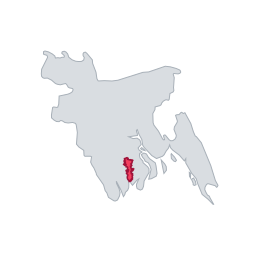 location of Pirojpur, Barisal, Bangladesh, rotated 344°
{"feature_id": "16705992B46028667424095", "entity_name": "Pirojpur", "entity_type": "district", "adm_level": 2, "iso_a3": "BGD", "parent_name": "Bangladesh", "parent_adm1": "Barisal", "projection": "mercator", "projection_center": [89.98, 22.515], "detail": "fine", "context": "in_parent", "style": "filled", "palette": "rose", "viewbox_px": 256, "rotation_deg": 344, "n_neighbors": 0, "source": "geoboundaries", "source_scale": "gbopen_adm2", "svg_char_len": 7546}
<svg xmlns="http://www.w3.org/2000/svg" viewBox="0 0 256 256"><g transform="rotate(344 128 128)"><path d="M88.8,182.0L88.8,175.9L84.8,164.1L85.0,162.8L84.2,157.0L83.2,153.9L82.7,150.5L85.1,145.6L84.1,144.8L78.8,143.3L78.2,142.1L79.3,137.3L75.5,132.7L74.0,129.3L78.1,118.3L79.1,110.6L78.8,109.1L76.3,107.4L71.9,106.7L68.8,105.3L66.9,103.1L65.4,102.2L63.5,102.9L61.0,102.0L59.0,99.9L57.3,97.2L58.0,94.4L61.2,87.5L62.4,87.3L65.2,88.6L66.2,88.6L68.0,86.0L70.6,78.3L79.5,78.9L81.7,78.7L83.9,78.1L85.1,77.1L85.8,75.9L85.6,74.8L82.8,73.3L81.8,72.3L81.0,69.2L80.2,68.0L74.8,67.8L72.0,66.4L70.5,65.2L67.7,60.9L64.3,57.8L61.1,57.1L59.9,56.1L59.2,54.5L59.6,52.1L61.2,47.7L70.1,38.0L70.3,36.9L70.0,35.7L67.4,34.1L67.2,33.4L67.9,31.3L69.4,31.1L72.5,32.9L75.6,35.9L77.5,38.6L77.5,40.7L80.0,41.1L82.0,42.0L84.1,41.8L85.4,42.3L86.4,42.1L86.7,40.9L84.9,37.8L85.8,36.6L87.8,36.6L89.3,37.8L90.4,40.1L90.6,43.7L93.0,47.0L96.1,49.4L98.6,50.4L101.6,51.2L104.1,50.5L105.4,48.2L104.8,46.1L105.2,44.3L106.3,43.3L107.9,43.3L109.0,44.8L112.5,52.7L111.8,56.1L112.6,65.6L111.7,71.9L112.2,74.3L112.8,74.7L118.1,75.9L125.6,78.4L131.4,79.3L157.6,78.6L163.4,79.8L180.8,78.9L185.6,80.9L190.8,84.1L193.7,86.5L194.2,87.9L193.9,89.1L192.9,89.7L191.1,89.8L187.0,88.2L186.3,88.7L186.3,92.4L182.9,101.7L182.4,104.6L181.3,105.8L177.8,106.4L175.5,111.8L174.6,112.5L172.3,111.3L170.9,111.5L169.2,112.0L167.4,113.2L166.2,114.8L164.8,115.3L159.9,115.2L159.0,117.7L155.8,121.0L153.6,129.8L153.7,132.4L156.4,139.4L158.3,148.3L159.0,149.3L159.9,149.3L160.0,145.2L160.9,144.7L162.0,145.2L164.3,150.7L165.6,152.1L167.6,152.5L170.0,151.7L171.7,150.0L172.4,148.3L171.8,142.2L172.9,139.8L176.8,136.1L177.4,135.0L177.2,128.9L178.7,128.7L180.7,129.2L183.2,127.7L184.0,127.7L185.1,129.3L186.9,129.0L189.6,141.0L189.8,149.5L190.4,154.2L191.4,155.3L194.4,162.3L197.2,187.0L197.5,202.6L198.7,207.9L197.7,209.1L196.8,209.4L195.9,207.5L189.5,203.5L187.9,203.9L185.7,206.2L184.8,208.4L185.2,211.4L185.9,214.3L187.4,216.0L187.6,217.9L189.3,224.9L188.8,224.9L185.3,218.5L181.0,212.3L179.7,201.0L179.6,195.5L176.7,188.9L173.9,177.5L175.1,173.4L173.1,175.2L169.9,168.3L164.9,161.6L163.4,158.6L163.4,155.7L161.2,158.6L158.3,160.7L155.3,163.7L153.3,164.7L147.0,165.2L143.3,161.1L138.1,151.0L137.4,148.7L138.1,142.7L136.8,137.1L136.5,132.1L135.5,132.5L135.2,133.9L135.4,136.0L135.0,137.8L126.2,136.6L130.0,139.6L134.0,140.3L136.1,142.9L136.2,147.4L132.2,150.0L132.6,152.3L134.9,155.0L132.1,155.8L131.4,157.6L131.3,160.1L133.2,164.0L132.9,165.5L136.2,170.6L136.9,173.0L136.0,176.5L128.9,183.4L126.8,188.4L125.0,190.7L122.8,191.1L120.1,188.8L120.1,186.4L120.6,184.5L124.4,179.9L122.4,180.5L116.5,184.3L115.4,181.2L114.7,178.3L114.7,174.8L117.5,169.6L114.3,172.2L113.4,175.5L113.8,179.3L113.4,182.0L112.2,185.6L110.5,187.7L107.8,189.1L106.5,191.2L104.7,192.7L104.1,185.6L102.1,175.9L101.7,178.0L102.7,184.0L102.6,187.9L101.1,191.0L98.1,194.3L95.8,194.7L94.5,194.2L90.1,189.3L89.8,184.5L88.8,182.0ZM141.8,182.1L136.5,183.2L133.8,182.9L138.8,174.2L138.7,170.3L137.9,167.1L135.3,164.6L135.1,162.7L134.0,160.2L133.4,157.3L136.3,156.4L138.6,158.1L139.4,161.4L140.6,163.9L144.6,169.0L144.5,172.1L143.4,179.7L141.8,182.1ZM153.3,179.2L150.0,181.6L151.1,167.8L153.5,172.9L154.1,175.7L153.3,179.2ZM165.7,172.4L164.3,173.4L163.0,172.5L161.3,169.3L162.1,165.2L162.6,164.6L164.7,168.8L165.7,172.4ZM177.8,201.3L175.9,201.5L175.0,200.5L175.4,199.1L174.9,194.7L177.3,194.2L178.1,197.9L177.8,201.3ZM175.7,188.9L174.3,193.3L173.8,191.3L174.7,187.5L175.7,188.9ZM137.6,153.1L138.2,154.5L135.2,152.6L134.4,151.3L135.7,150.6L137.6,153.1Z" fill="#d9dde1" stroke="#a8b0b8" stroke-width="1"/><path d="M114.4,179.2L114.8,179.1L114.9,179.6L115.1,179.8L115.6,179.7L115.8,179.7L116.0,179.5L116.2,179.2L116.6,179.4L116.7,179.0L116.8,178.9L117.0,178.7L116.9,178.3L116.8,178.2L116.9,177.9L117.0,177.7L117.0,178.0L117.2,178.3L117.3,178.3L117.4,178.2L117.5,178.4L117.7,178.5L117.7,178.4L117.7,178.2L117.8,178.0L118.0,178.0L117.9,177.8L117.9,177.5L118.3,177.5L118.5,177.4L118.6,177.0L118.8,176.4L118.7,176.2L118.6,175.9L118.7,175.5L118.7,175.3L118.8,175.2L119.0,175.0L119.2,174.9L119.2,174.5L119.3,174.5L119.5,174.6L119.6,174.3L119.5,174.1L119.5,173.9L119.6,173.4L119.7,173.2L119.4,173.1L119.2,172.8L119.1,172.6L119.0,173.0L118.9,173.0L118.9,172.9L118.7,172.8L118.5,172.7L118.7,172.2L118.7,171.9L118.9,171.9L119.1,171.8L119.1,171.7L118.9,171.3L118.9,171.2L118.8,170.9L118.9,170.7L118.8,170.4L119.1,170.2L119.3,170.3L119.7,170.4L119.8,170.4L119.8,170.1L119.7,170.0L119.7,169.9L119.8,169.7L120.0,169.7L119.9,169.8L120.0,169.9L120.0,170.0L120.2,170.3L120.3,170.5L120.5,170.4L120.8,170.3L121.0,170.3L121.2,170.0L121.2,169.8L121.2,169.7L121.3,169.8L121.7,169.6L121.8,169.5L121.8,169.2L122.0,169.1L122.1,168.9L121.8,168.8L121.7,168.6L121.6,168.4L121.4,168.5L121.5,168.6L121.4,168.7L121.0,168.5L120.9,168.6L120.7,168.6L120.6,168.8L120.4,168.9L120.3,168.7L120.2,168.6L120.1,168.4L120.3,168.2L120.2,168.1L119.9,168.3L119.9,168.2L120.0,167.9L119.9,167.7L120.0,167.5L119.9,167.3L119.9,167.2L120.0,166.7L119.8,166.5L119.8,166.0L119.7,165.9L119.8,165.7L119.9,165.4L120.2,165.5L120.4,165.5L120.8,165.5L121.0,165.3L121.3,165.0L121.2,164.9L121.3,164.8L121.2,164.4L121.1,164.0L121.1,163.9L120.9,163.8L120.9,163.6L121.0,163.4L120.9,163.3L121.1,163.2L121.3,163.2L121.5,162.9L122.2,162.7L122.3,162.5L122.3,162.4L122.4,162.2L122.5,162.0L122.6,161.7L122.8,161.4L122.8,161.2L123.0,161.0L123.0,160.9L123.5,160.7L123.7,160.4L123.4,160.1L123.2,160.2L123.1,159.9L122.9,159.9L122.6,159.7L122.6,159.8L122.4,159.9L122.3,159.7L122.2,159.5L121.9,159.4L121.9,159.5L121.7,159.5L121.7,159.3L121.5,159.2L121.3,159.2L121.3,159.3L121.2,159.3L121.0,159.2L120.8,159.0L120.7,159.0L120.4,159.0L120.2,158.9L120.0,158.5L119.8,158.3L119.5,158.2L119.5,157.9L119.6,157.6L119.3,157.7L119.1,157.9L118.9,157.9L118.9,157.6L119.0,157.2L119.0,156.3L118.6,156.2L118.4,156.2L117.9,156.3L117.7,156.3L117.2,156.5L116.9,156.7L116.5,156.7L116.4,156.5L116.3,156.4L116.2,156.4L116.2,156.5L116.2,156.9L116.1,157.0L116.2,157.3L116.3,157.4L116.3,157.6L116.2,157.6L115.6,158.1L115.4,158.2L115.4,158.3L115.3,158.5L115.5,158.6L115.9,158.7L116.0,158.9L116.1,159.0L115.9,159.1L115.5,159.0L115.4,159.1L115.4,159.3L115.2,159.3L115.0,159.5L115.2,159.9L115.3,160.1L115.5,160.1L115.8,160.0L115.9,160.3L115.9,160.5L115.9,161.0L115.7,161.1L115.3,160.9L115.1,160.9L115.0,161.0L114.5,161.3L114.3,161.4L114.2,161.5L113.9,161.6L113.7,161.8L113.8,162.0L114.3,162.0L114.5,162.1L114.9,162.0L115.4,162.1L115.5,162.1L115.8,162.3L116.0,162.5L115.6,162.8L115.5,163.0L115.4,163.0L115.2,163.2L114.9,162.7L114.7,162.7L114.6,163.0L114.8,163.3L115.1,163.4L115.4,163.5L115.6,163.6L115.7,163.8L115.6,164.4L115.5,164.9L116.1,165.1L116.6,165.2L116.7,165.3L116.8,165.4L116.8,165.6L116.8,165.9L116.7,166.0L116.7,166.3L116.5,166.7L116.2,167.2L115.9,167.5L115.6,168.1L115.9,168.2L116.3,168.2L116.9,168.2L117.0,168.3L117.0,168.6L116.9,168.7L116.4,168.7L115.8,168.6L115.7,168.5L115.6,168.4L115.3,168.3L115.0,168.3L114.9,168.3L114.6,168.2L114.5,168.3L114.4,168.4L114.3,168.6L114.4,168.9L114.5,169.1L114.7,169.3L115.2,169.4L115.3,169.3L115.6,169.2L115.8,169.2L116.0,169.3L116.2,169.6L116.2,169.8L116.1,170.0L115.9,170.2L115.7,170.3L115.2,170.2L114.9,170.3L114.7,170.5L114.5,170.8L114.1,170.9L114.0,171.2L114.0,171.4L114.0,171.5L114.4,171.9L114.8,172.3L114.9,172.6L114.9,173.1L114.7,173.6L114.6,173.8L114.1,174.4L113.9,175.0L113.7,175.4L113.6,175.8L113.6,176.1L113.6,176.4L113.6,176.8L113.7,177.3L113.8,177.6L114.1,178.0L114.3,178.4L114.4,179.2ZM114.6,179.8L114.5,179.6L114.5,179.8L114.6,179.8Z" fill="#f43f5e" stroke="#9f1239" stroke-width="1.5"/></g></svg>